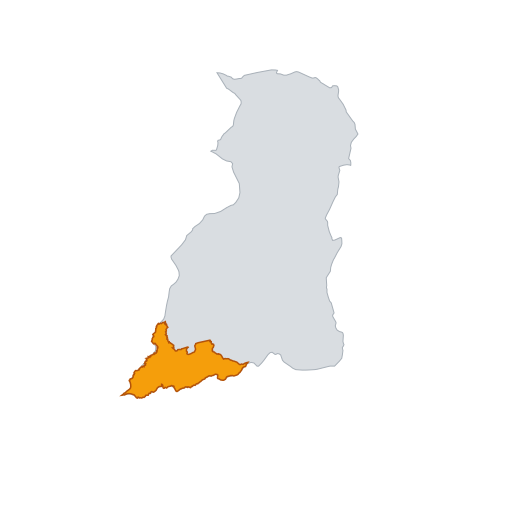 Haut-Mbomou on a map of Central African Republic (Albers equal-area conic projection), rotated 120°
{"feature_id": "CAF-867", "entity_name": "Haut-Mbomou", "entity_type": "Prefecture", "adm_level": 1, "iso_a3": "CAF", "parent_name": "Central African Republic", "parent_adm1": "", "projection": "albers", "projection_center": [25.352, 6.594], "detail": "fine", "context": "in_parent", "style": "filled", "palette": "amber", "viewbox_px": 512, "rotation_deg": 120, "n_neighbors": 0, "source": "natural_earth", "source_scale": "10m", "svg_char_len": 9693}
<svg xmlns="http://www.w3.org/2000/svg" viewBox="0 0 512 512"><g transform="rotate(120 256 256)"><path d="M345.9,197.6L350.1,198.7L350.9,200.0L349.7,204.3L350.5,206.9L352.9,209.2L355.3,210.1L357.6,210.7L365.7,212.1L369.0,213.7L373.4,218.7L379.0,223.2L380.3,225.7L380.1,227.9L378.4,230.5L378.7,231.6L381.2,234.3L384.2,237.0L389.5,240.1L398.8,244.8L403.0,248.0L404.5,250.4L406.9,253.0L410.2,255.4L412.4,257.2L410.9,262.5L411.4,264.2L412.2,265.7L414.1,267.7L414.9,270.4L416.9,273.7L419.2,275.2L423.0,275.7L425.0,277.2L429.2,279.8L433.3,282.1L435.1,283.7L436.1,285.0L437.1,286.7L437.5,288.3L437.7,291.8L438.4,296.2L440.6,299.2L442.6,301.4L434.3,298.9L433.0,298.8L431.6,299.3L427.2,302.5L425.8,302.9L420.4,302.2L407.1,299.7L396.9,297.4L393.8,296.5L388.3,295.7L384.7,297.3L381.3,302.9L380.4,304.0L375.0,305.7L372.5,305.2L366.4,306.7L356.9,304.4L353.5,304.9L350.8,306.0L344.0,308.6L339.8,310.0L335.0,311.3L330.4,313.3L327.4,314.4L324.3,314.4L321.6,313.2L318.6,312.2L315.1,312.0L311.4,312.6L308.2,314.8L306.9,316.4L304.2,320.6L300.9,327.5L299.6,328.9L298.5,329.6L283.6,326.0L277.2,325.2L272.9,326.2L267.5,324.2L265.1,323.9L264.0,324.5L261.0,323.6L256.1,321.2L251.4,320.2L247.2,320.5L244.6,319.6L242.5,317.3L239.9,313.1L235.1,308.9L228.6,305.5L224.6,302.9L223.0,301.2L219.6,300.3L214.2,300.0L209.1,301.6L201.6,306.7L194.6,317.3L190.8,321.4L187.7,322.4L186.9,324.9L188.4,329.0L188.7,333.7L187.5,341.7L187.8,347.5L186.2,346.6L184.7,343.8L183.9,343.3L179.4,344.4L177.0,345.5L175.8,346.6L174.8,346.7L173.4,345.2L172.3,344.9L170.5,345.2L168.6,345.1L167.5,344.9L166.7,345.0L164.6,344.1L156.8,341.8L155.5,341.0L153.9,341.1L149.8,342.9L147.7,343.5L141.2,344.6L134.3,345.0L131.7,345.0L129.9,345.9L128.7,347.1L126.4,354.4L125.8,355.6L125.9,357.5L125.2,363.4L125.4,365.3L116.8,381.4L115.5,378.7L114.7,375.5L114.4,371.8L114.6,370.9L114.1,369.8L113.5,366.8L114.2,364.9L113.7,362.9L112.1,360.9L110.7,359.3L109.8,357.9L109.2,357.3L107.6,357.1L105.4,356.4L96.4,346.6L87.1,335.7L85.2,332.2L84.5,330.2L86.8,330.0L87.4,329.6L87.5,328.7L86.1,325.9L85.5,322.4L84.3,320.2L80.7,316.9L77.1,314.3L76.0,313.0L75.4,311.1L74.3,299.5L73.8,296.2L72.7,294.7L71.9,294.1L71.6,293.2L71.8,291.2L72.3,289.3L72.3,288.6L73.3,287.0L73.5,276.3L72.4,274.8L70.3,274.7L69.2,273.1L68.3,271.1L68.6,269.8L70.7,267.6L72.1,266.8L76.1,265.2L77.3,264.3L78.0,263.3L78.5,261.9L81.0,256.4L84.6,251.0L86.1,249.9L89.8,241.8L90.7,239.8L91.3,237.7L92.5,236.1L96.4,233.4L99.4,228.7L102.5,229.0L105.7,229.8L109.8,230.3L113.1,229.4L115.2,227.6L125.3,224.5L126.1,222.0L127.7,220.6L129.6,219.5L130.2,219.3L130.3,220.2L131.4,222.9L133.6,225.6L136.9,228.6L137.9,228.4L140.0,226.2L145.2,225.0L146.6,224.4L150.3,221.2L154.8,219.2L157.4,218.5L162.0,216.4L165.2,216.8L170.3,216.5L178.9,215.6L185.1,215.4L188.3,215.0L189.1,214.6L190.3,211.5L191.3,210.6L193.6,209.3L198.3,204.7L201.3,200.8L202.2,199.4L202.8,199.2L204.2,197.5L202.9,195.8L197.8,192.2L197.9,191.7L197.6,191.1L197.9,190.7L199.9,189.3L202.5,187.7L205.3,187.1L212.6,187.3L218.9,187.0L220.3,187.1L225.2,186.4L228.5,185.6L232.0,184.0L239.7,184.3L246.2,180.0L248.0,179.3L248.8,178.6L249.1,178.0L252.1,176.3L255.5,172.8L258.2,169.7L259.0,167.4L266.3,159.9L268.9,160.1L270.1,159.2L273.0,154.2L273.9,153.2L276.9,152.4L278.4,150.9L279.6,148.7L279.7,145.9L279.1,143.7L279.1,142.7L279.8,141.7L281.0,140.7L286.5,138.0L287.9,136.7L288.8,135.5L290.3,135.3L292.0,135.5L293.1,134.7L294.3,133.5L298.1,131.9L301.7,130.6L305.4,131.2L312.1,132.9L314.1,136.5L315.1,137.7L323.4,146.3L325.0,148.3L329.1,154.5L331.6,158.7L334.5,164.7L334.8,168.0L334.4,170.8L333.8,178.7L333.0,181.0L329.3,185.2L329.2,187.2L329.9,188.8L331.0,189.4L331.7,190.2L331.3,193.9L332.6,195.4L335.3,196.3L342.3,197.0L345.9,197.6Z" fill="#d9dde1" stroke="#a8b0b8" stroke-width="1"/><path d="M352.1,209.8L353.2,209.9L354.0,210.5L355.9,209.9L356.9,209.8L357.6,210.4L357.8,210.9L359.2,211.6L360.1,211.7L362.2,211.4L363.8,211.7L364.9,211.7L365.8,212.2L367.5,212.4L368.4,212.9L370.9,215.1L371.1,215.6L371.2,216.6L371.8,217.2L371.9,217.8L372.2,218.2L372.7,218.5L374.1,220.0L374.9,220.7L375.8,221.0L377.1,220.8L378.2,220.9L378.7,221.4L379.4,221.6L379.8,222.0L380.1,222.4L381.0,224.6L380.9,226.3L381.2,227.6L381.1,228.1L380.5,228.6L378.6,229.3L378.0,229.9L378.1,230.7L378.7,232.1L380.4,233.1L381.0,233.5L381.4,234.2L382.3,234.6L382.5,235.0L382.9,236.3L383.2,236.7L383.6,237.0L385.2,237.8L386.3,238.6L387.1,239.0L387.6,238.8L388.1,238.9L389.8,240.3L390.3,240.6L392.6,241.2L393.3,241.8L394.1,241.8L394.3,242.0L394.8,242.4L395.8,242.5L396.0,242.8L396.0,243.2L396.3,243.6L396.7,243.8L398.0,243.9L398.5,244.1L398.8,245.2L399.7,245.7L400.9,246.0L401.1,246.6L402.7,246.8L402.9,247.4L403.0,248.9L403.3,249.6L403.5,249.7L404.0,249.6L404.1,250.2L404.2,250.9L404.3,251.3L404.6,251.6L405.3,252.0L406.3,252.3L407.2,253.5L408.3,254.3L408.8,254.8L409.8,255.3L411.5,255.9L412.9,256.7L413.0,257.7L412.3,258.9L411.4,260.1L410.8,261.3L410.0,261.8L409.8,262.2L410.3,262.4L410.4,262.8L410.2,263.9L410.4,264.4L411.7,265.2L412.9,266.6L413.4,267.0L414.6,267.2L415.1,267.5L415.2,269.0L415.4,269.2L416.3,269.3L416.7,269.7L416.7,270.3L416.4,270.8L414.9,271.9L414.4,272.4L414.2,273.0L414.3,273.6L414.7,273.4L415.9,272.6L416.4,272.8L417.3,274.4L417.7,274.8L419.4,275.4L420.3,275.5L422.4,275.4L424.4,276.2L425.0,276.5L425.3,276.9L425.4,278.2L425.7,278.7L426.3,279.0L427.0,279.0L427.5,278.8L427.8,278.8L428.1,279.5L428.5,280.0L429.1,280.0L430.4,279.7L430.7,280.1L431.0,280.9L431.5,281.3L431.8,281.7L431.9,281.9L433.0,281.7L434.5,282.3L434.8,283.3L435.8,283.7L436.2,284.1L436.4,284.6L436.6,285.4L437.2,285.9L437.0,287.2L437.2,287.6L438.1,287.4L438.4,287.6L438.5,287.9L438.5,288.7L437.3,291.8L437.2,292.3L437.5,293.4L437.8,295.3L438.6,297.1L439.1,297.9L439.7,298.7L442.1,300.4L442.6,301.6L443.4,302.2L443.7,302.6L442.7,302.2L442.3,301.9L440.9,301.7L439.7,300.8L437.9,300.4L435.5,299.3L434.3,298.8L433.1,298.7L431.8,299.1L429.9,300.3L428.2,301.9L427.6,303.1L427.1,303.6L426.6,303.5L426.3,303.2L426.1,303.1L425.6,303.5L425.4,303.5L424.1,302.1L423.4,301.9L422.1,301.9L421.1,302.6L420.4,302.4L420.3,302.7L420.1,302.7L419.9,302.4L419.4,302.3L418.8,302.5L418.5,303.0L418.3,302.7L418.1,303.0L417.3,303.3L416.6,303.3L415.4,303.0L414.8,301.7L413.6,300.8L413.4,300.4L412.5,300.8L412.3,300.4L411.2,300.5L410.5,300.3L409.9,300.1L409.4,299.7L409.2,299.2L408.6,299.4L408.6,298.8L408.2,298.9L408.0,298.7L407.8,297.8L407.4,298.2L407.0,297.8L406.6,298.0L406.2,297.4L405.8,297.2L405.5,297.7L405.3,297.8L404.6,297.6L404.8,298.6L404.3,298.4L404.1,298.6L404.0,298.9L403.1,299.0L402.8,299.2L402.0,298.4L401.2,298.1L400.9,298.5L400.9,299.0L400.4,298.8L399.9,298.9L399.5,299.2L399.5,299.8L399.0,299.3L398.4,298.4L397.7,298.4L397.3,298.9L397.0,299.1L396.6,298.0L396.7,297.6L396.1,297.8L396.1,297.1L395.7,296.9L395.4,297.0L395.7,297.2L395.5,297.6L395.1,297.6L394.3,297.2L393.1,296.0L392.5,295.8L392.1,295.5L391.6,295.5L391.2,295.7L390.8,295.4L391.2,294.8L390.5,294.9L390.3,294.6L390.0,293.9L388.6,293.9L388.8,294.4L387.7,294.8L387.5,294.7L387.1,294.4L385.7,295.2L385.1,295.3L384.6,295.0L384.3,295.4L383.9,295.5L383.7,295.7L384.0,296.2L383.4,296.4L383.1,296.8L382.9,298.1L382.1,299.4L382.2,300.0L383.0,300.2L383.2,300.4L383.3,300.6L383.1,301.5L382.6,302.2L382.3,303.5L382.1,303.8L380.3,304.0L379.7,304.5L377.9,304.6L377.2,304.2L376.9,304.2L376.5,304.7L376.1,304.9L375.6,306.1L375.4,306.1L374.3,305.8L373.3,305.3L371.9,305.0L371.0,305.6L370.4,305.7L369.3,306.3L368.8,306.6L367.9,306.3L367.1,307.0L366.7,307.1L366.4,306.8L365.9,307.1L365.4,307.1L363.4,306.9L363.2,306.8L363.6,306.0L363.2,305.7L362.4,305.4L362.0,305.1L361.9,304.8L361.9,304.2L361.6,304.0L360.2,303.6L359.7,302.6L359.1,302.2L358.2,301.7L358.9,301.1L359.8,301.6L360.3,301.3L360.4,300.9L359.8,300.7L359.7,300.3L360.0,300.0L359.8,299.6L359.8,299.4L360.0,299.2L360.7,299.5L360.8,298.6L361.2,298.2L361.3,297.6L361.6,297.3L361.8,296.8L362.2,297.1L363.5,297.0L364.4,297.2L364.9,297.0L365.5,296.3L365.9,296.1L366.7,296.4L366.9,296.4L367.1,295.7L367.8,295.4L368.3,294.7L368.6,294.7L368.9,294.9L369.4,295.1L369.7,294.2L369.6,293.4L370.0,293.5L370.1,292.9L370.6,292.7L370.7,292.1L370.9,292.0L371.4,292.2L371.7,292.0L372.4,291.7L372.1,291.2L372.1,290.8L372.3,290.7L372.8,290.6L373.1,290.2L373.5,290.0L373.7,289.7L373.8,288.9L374.5,288.4L373.8,288.1L374.4,287.6L374.1,287.2L374.0,286.7L374.3,286.2L374.1,285.4L374.3,284.8L374.3,284.0L374.5,283.4L374.5,282.6L375.1,282.3L375.8,282.1L376.3,281.4L376.6,281.3L376.8,281.5L377.3,282.3L377.6,281.3L377.6,280.3L377.9,279.5L378.4,278.7L378.5,278.3L378.3,277.9L377.7,277.1L377.2,276.9L376.3,276.9L376.0,276.8L375.3,275.6L374.9,275.1L374.6,274.2L374.1,274.0L373.4,273.9L372.9,273.2L369.2,269.9L368.9,269.4L369.0,269.1L370.0,269.5L371.0,269.7L371.4,269.6L372.0,269.2L373.1,268.8L373.5,267.5L373.8,267.3L375.0,267.1L375.2,266.9L375.3,266.5L375.2,265.6L374.6,264.8L373.3,263.7L372.3,263.0L371.5,262.7L370.3,261.6L369.9,261.4L369.4,261.4L367.3,261.6L366.6,262.0L364.9,263.7L364.4,264.1L364.0,264.2L362.7,264.1L362.0,264.4L360.0,262.7L351.9,253.8L352.1,253.2L353.1,253.1L352.7,252.1L352.6,251.9L352.9,251.7L353.4,251.6L353.8,251.2L353.9,250.4L354.4,250.1L354.4,249.9L353.9,249.6L353.7,248.6L354.4,247.9L354.8,247.6L355.3,247.7L356.3,247.3L356.9,247.4L357.5,247.5L358.0,247.5L358.6,247.3L359.4,246.4L360.0,246.5L360.1,246.3L360.4,245.7L360.4,245.3L360.0,243.9L360.4,242.8L360.3,241.9L360.5,240.7L359.9,240.2L360.0,239.5L359.8,239.4L359.4,239.5L359.3,239.4L359.4,238.5L359.1,237.7L359.3,236.8L359.8,235.7L360.7,234.3L361.5,232.6L360.7,232.1L360.6,231.5L360.1,231.2L359.7,230.0L359.0,229.1L358.7,228.3L358.9,225.9L358.5,225.1L358.5,223.7L358.0,222.3L357.7,220.5L357.5,219.6L358.1,216.7L358.1,215.5L356.7,214.4L356.5,213.4L356.2,212.8L355.2,212.5L354.7,212.2L353.1,210.9L352.1,209.8Z" fill="#f59e0b" stroke="#b45309" stroke-width="1.5"/></g></svg>